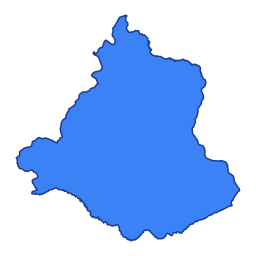 outline of Gigante, Huila, Colombia
{"feature_id": "7082276B55620946871412", "entity_name": "Gigante", "entity_type": "district", "adm_level": 2, "iso_a3": "COL", "parent_name": "Colombia", "parent_adm1": "Huila", "projection": "albers", "projection_center": [-75.538, 2.393], "detail": "fine", "context": "isolated", "style": "filled", "palette": "blue", "viewbox_px": 256, "rotation_deg": 0, "n_neighbors": 0, "source": "geoboundaries", "source_scale": "gbopen_adm2", "svg_char_len": 5763}
<svg xmlns="http://www.w3.org/2000/svg" viewBox="0 0 256 256"><path d="M239.6,190.5L239.2,188.7L237.1,186.1L234.3,181.4L233.7,177.0L233.1,175.8L229.4,173.4L228.3,171.9L227.6,165.7L226.9,163.7L226.0,162.5L224.8,161.6L221.5,160.7L218.2,161.0L212.6,160.6L206.6,158.3L205.3,156.3L204.8,154.7L205.0,150.7L204.0,147.5L202.8,145.7L199.4,144.8L198.4,143.9L197.4,140.3L196.8,139.1L195.4,137.8L195.0,136.5L192.6,133.8L192.2,128.1L192.4,127.6L193.6,126.9L194.3,124.5L195.4,122.6L195.1,119.8L197.0,116.3L198.0,111.4L197.6,109.1L198.6,108.0L199.3,106.5L200.6,104.8L201.0,103.9L201.3,101.8L203.5,98.1L203.3,95.1L201.6,91.6L201.5,89.0L202.0,88.4L203.6,87.5L205.0,85.9L205.9,82.7L205.8,81.8L205.2,80.0L203.7,79.3L202.0,75.9L201.1,75.0L201.4,73.2L200.7,72.1L200.2,70.6L200.3,67.5L198.9,65.9L198.0,65.9L197.5,65.2L197.0,65.2L195.4,64.3L194.0,64.3L193.2,65.0L191.7,64.8L191.8,64.1L190.8,63.9L190.7,63.2L189.7,62.7L188.8,61.4L187.7,61.2L185.8,60.2L184.6,60.9L184.0,59.7L183.3,59.2L182.0,59.5L181.2,60.1L180.4,60.1L180.0,60.6L178.1,60.6L177.4,60.1L175.9,61.2L175.3,60.5L175.1,60.9L174.6,60.8L174.4,61.1L173.6,59.6L172.0,59.6L171.8,58.9L170.7,58.3L170.0,59.0L169.4,58.0L167.3,58.8L164.9,58.8L162.8,58.0L161.1,56.6L159.1,56.5L157.9,56.0L157.0,56.2L156.5,56.0L155.8,56.4L155.1,55.8L154.2,55.8L153.3,55.2L152.1,55.0L151.6,54.0L150.1,52.9L150.2,50.8L151.3,50.5L151.4,49.8L150.2,48.2L149.2,48.1L149.4,47.3L148.9,47.0L149.0,46.3L148.3,45.7L148.9,44.7L148.0,44.7L147.7,44.3L147.9,44.0L148.7,44.2L149.1,43.8L149.2,43.1L148.9,42.5L149.5,42.1L148.5,41.7L148.6,40.9L147.8,40.9L147.6,39.3L147.8,38.4L144.6,35.0L143.5,35.0L143.1,35.3L142.5,35.1L142.2,34.2L141.7,33.9L139.9,34.2L138.9,32.0L138.7,30.8L136.7,30.8L135.8,30.4L133.0,32.0L132.5,32.1L131.6,31.7L130.7,32.4L129.8,32.5L129.2,32.3L127.2,30.1L126.2,27.3L127.9,25.2L127.8,23.2L125.9,21.1L125.5,20.0L125.5,19.1L126.0,18.0L125.4,16.6L125.8,16.2L126.8,16.0L126.6,15.5L125.6,15.4L120.0,17.2L118.7,18.8L116.0,23.9L113.8,27.3L113.0,27.9L112.8,29.2L113.2,30.2L113.1,31.1L112.3,34.0L112.5,36.2L113.9,37.4L114.7,38.8L115.2,41.3L114.6,43.3L113.5,44.5L111.8,44.4L106.3,40.3L105.5,40.4L104.5,41.4L104.0,42.4L102.7,46.6L101.8,47.5L100.2,47.9L99.1,48.7L98.3,49.9L98.1,51.7L97.7,52.3L95.6,53.4L94.8,53.1L94.0,52.0L93.2,53.2L93.2,53.5L95.1,55.2L96.5,55.5L98.1,56.8L98.8,57.8L102.3,67.1L101.5,69.2L100.2,70.8L95.4,71.8L94.0,72.5L92.6,73.6L91.6,75.2L91.8,75.9L92.8,76.8L96.3,79.0L98.0,83.7L96.9,84.1L96.1,85.1L95.7,86.2L94.3,87.7L91.3,88.2L90.3,89.1L89.8,90.3L87.2,91.6L84.0,92.2L82.8,92.0L79.5,94.4L78.9,98.1L77.9,99.5L75.2,101.7L75.7,102.3L75.1,104.6L74.0,105.7L69.1,108.9L68.6,111.0L68.0,111.5L66.2,114.8L65.6,117.6L65.8,118.1L63.2,119.6L61.5,122.1L60.3,129.4L61.5,134.8L62.4,136.1L62.3,136.9L59.9,138.2L59.5,139.8L57.7,140.9L57.0,143.0L54.1,141.6L52.7,140.5L51.1,140.3L49.3,139.2L46.5,138.2L44.3,138.1L42.8,138.8L39.0,137.6L38.4,137.7L36.3,139.3L35.7,140.2L32.5,141.5L32.1,142.6L32.2,143.2L31.3,146.3L28.9,147.1L27.4,147.1L24.1,148.3L22.9,149.0L22.4,150.0L21.3,150.3L20.0,151.2L19.6,152.5L19.7,154.8L17.5,157.3L16.4,157.7L17.6,160.6L17.3,160.9L17.4,161.9L17.0,163.1L17.8,164.2L18.0,165.9L19.8,168.7L21.8,168.6L23.7,170.2L25.5,171.2L26.5,171.1L27.6,171.5L28.5,171.2L29.1,170.6L31.8,169.9L33.1,171.0L33.7,172.0L35.1,172.3L37.1,174.1L37.7,176.6L37.5,177.3L36.8,178.2L34.4,178.8L32.8,179.9L32.2,180.9L32.7,183.0L34.8,186.1L35.6,188.0L37.2,189.3L37.0,190.0L32.3,191.6L31.8,193.5L32.8,194.0L33.2,193.7L34.4,193.9L35.1,193.5L35.6,194.3L37.0,193.9L38.0,194.0L39.1,194.8L39.8,194.3L41.7,194.5L42.1,193.8L43.7,193.7L44.7,192.6L45.5,192.5L47.5,191.4L48.1,191.5L48.7,190.3L52.9,189.2L54.2,188.3L56.2,188.0L57.4,188.6L57.9,189.2L59.2,189.6L61.0,189.8L62.3,190.3L63.9,190.1L64.3,191.4L66.2,191.2L66.8,191.4L67.6,193.1L69.1,192.9L71.6,193.8L72.3,195.0L72.9,194.8L74.7,195.5L75.4,196.8L76.2,196.1L76.5,196.2L77.3,196.9L78.0,198.5L80.2,198.9L80.0,200.4L81.4,199.9L81.6,200.3L81.0,201.0L81.1,201.6L82.3,201.4L83.4,202.4L83.9,203.8L85.2,204.1L85.2,204.9L84.4,205.4L85.1,206.1L85.3,207.0L86.9,207.0L87.0,207.6L86.7,208.5L87.5,209.1L87.5,210.5L88.4,210.6L88.8,211.1L89.7,210.8L90.2,211.2L90.2,212.0L90.9,213.0L90.3,213.9L90.6,215.6L91.9,216.4L92.6,217.3L94.0,216.8L95.0,217.9L96.1,218.1L98.2,217.1L98.3,217.6L98.0,218.0L98.8,218.4L98.7,219.4L100.0,219.9L101.2,219.6L101.5,220.7L102.8,221.7L103.7,223.0L105.5,221.8L106.6,222.5L107.5,224.8L108.2,224.3L112.2,226.0L112.8,226.0L113.6,225.3L114.6,225.7L115.1,225.4L115.8,225.5L116.6,224.8L118.0,225.1L118.8,226.0L118.8,227.1L119.4,227.8L119.6,229.0L119.2,229.4L119.3,230.1L121.3,232.4L121.2,234.2L122.1,234.6L122.7,236.0L123.5,236.7L124.5,237.3L125.1,237.1L125.8,237.4L126.9,238.8L127.4,238.6L127.3,239.1L127.7,239.5L128.5,239.8L129.8,239.4L130.2,240.6L132.0,240.6L133.4,239.5L133.8,239.5L134.3,240.1L135.0,239.5L135.8,239.6L137.2,238.2L137.7,238.0L138.0,237.3L138.9,237.1L140.1,235.5L140.9,235.3L141.1,234.1L142.8,232.4L143.4,232.3L143.4,231.5L144.3,230.5L145.2,230.1L146.6,230.4L148.0,229.8L148.8,230.2L152.9,234.5L153.7,234.8L154.9,236.9L157.1,237.7L157.5,238.7L157.9,238.8L158.3,238.6L161.9,238.7L163.4,238.0L165.5,236.4L166.7,233.4L167.7,233.4L171.4,235.6L172.3,235.3L173.3,232.9L174.4,232.3L176.2,233.1L177.0,232.0L178.1,231.7L179.8,233.0L181.1,233.2L182.1,232.7L182.3,231.9L183.8,230.8L183.8,230.0L184.9,229.3L186.0,229.2L186.5,228.7L186.7,227.7L188.5,226.7L189.3,225.0L191.4,224.2L192.1,224.2L192.5,223.6L193.2,223.7L195.4,221.1L196.0,221.0L196.3,221.5L197.3,221.4L198.6,220.2L202.9,219.4L204.6,218.3L206.1,218.0L207.8,216.2L210.1,214.9L211.0,215.1L213.6,213.2L215.5,212.6L217.0,212.5L219.0,210.9L220.9,210.6L221.7,209.6L222.6,209.7L229.2,206.1L230.3,206.1L232.0,205.6L231.3,203.2L231.5,201.1L231.8,200.6L233.0,200.4L233.3,199.0L234.2,197.1L237.7,192.1L239.6,190.5Z" fill="#3b82f6" stroke="#1e3a8a" stroke-width="1.5"/></svg>